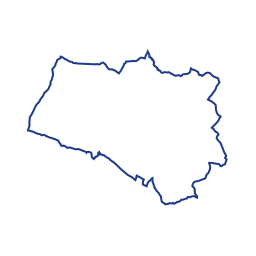 the district of Guatavita, Cundinamarca, Colombia, rotated 349°
{"feature_id": "7082276B39206984179134", "entity_name": "Guatavita", "entity_type": "district", "adm_level": 2, "iso_a3": "COL", "parent_name": "Colombia", "parent_adm1": "Cundinamarca", "projection": "robinson", "projection_center": [-73.779, 4.906], "detail": "fine", "context": "isolated", "style": "outline", "palette": "blue", "viewbox_px": 256, "rotation_deg": 349, "n_neighbors": 0, "source": "geoboundaries", "source_scale": "gbopen_adm2", "svg_char_len": 5763}
<svg xmlns="http://www.w3.org/2000/svg" viewBox="0 0 256 256"><g transform="rotate(349 128 128)"><path d="M59.6,71.1L57.3,74.5L56.8,75.0L53.8,76.9L52.9,77.3L52.5,77.6L51.2,79.7L50.2,80.8L49.5,81.3L48.0,82.7L47.2,83.4L46.8,84.3L44.9,86.1L43.6,86.9L42.5,87.8L40.2,90.6L39.0,92.4L35.9,96.4L33.9,98.5L33.4,99.6L32.7,102.4L32.3,103.3L32.1,105.1L31.7,106.8L31.0,108.4L29.6,110.7L29.4,111.4L31.0,112.0L34.3,113.6L36.1,115.0L37.9,116.2L40.8,117.5L41.6,118.6L42.7,118.7L43.0,118.5L43.6,118.6L44.2,118.8L44.4,119.0L44.7,119.0L44.8,119.3L45.4,119.5L45.8,120.0L46.6,120.4L47.0,121.0L47.5,121.2L49.7,122.7L50.5,122.9L53.6,124.8L54.8,125.2L55.3,125.9L56.8,126.9L57.1,127.2L57.9,129.5L58.9,131.3L58.8,132.2L58.9,132.6L59.5,132.9L60.9,132.9L61.4,133.3L61.8,133.2L62.1,133.7L62.6,133.8L63.4,134.3L63.9,134.9L64.2,135.7L64.4,135.8L65.3,135.9L65.7,136.0L66.0,135.8L66.6,136.0L67.2,135.9L69.4,137.3L73.5,139.2L73.8,139.3L74.6,139.0L75.9,139.5L82.4,143.7L82.7,143.9L82.7,144.1L82.9,143.9L83.5,143.8L85.0,143.9L86.0,144.6L86.7,144.8L87.2,145.7L87.3,146.0L87.0,149.2L87.2,149.6L87.1,149.9L87.9,150.9L88.0,151.3L88.6,151.9L88.8,151.5L89.0,151.2L89.6,151.2L90.2,150.3L91.4,149.9L91.8,150.1L92.4,149.9L92.9,149.5L93.0,149.1L93.1,148.9L93.5,148.9L93.7,148.6L94.0,148.7L94.5,148.6L94.1,148.0L94.2,147.5L94.1,147.3L93.9,147.3L93.9,147.0L94.2,146.6L94.6,146.8L95.0,146.7L95.2,146.4L95.4,147.0L96.5,148.8L96.9,149.1L97.8,149.5L98.0,149.9L99.3,150.2L99.7,150.4L100.1,151.2L100.8,152.2L102.5,153.4L103.6,154.4L104.0,155.0L103.9,155.3L104.2,155.6L106.4,158.1L106.7,158.1L108.4,160.2L110.9,163.6L113.1,167.0L117.1,171.9L118.9,174.1L122.0,176.7L122.4,177.1L123.1,177.7L125.2,180.5L125.3,180.6L126.7,178.1L127.0,177.9L127.2,176.9L127.5,176.4L128.3,177.2L129.6,178.0L133.7,181.7L133.2,182.3L132.5,183.4L132.2,184.4L131.8,186.3L133.1,187.2L135.2,188.8L136.6,186.0L137.3,185.2L138.4,184.4L139.9,183.6L142.3,181.7L142.5,181.7L142.1,182.8L141.9,186.3L142.2,187.2L142.4,189.0L142.8,190.7L142.5,191.5L142.6,191.9L143.3,192.8L143.6,194.2L145.2,197.0L145.7,197.7L146.5,200.2L147.3,201.3L147.4,201.8L147.1,203.2L147.1,204.9L147.1,206.5L147.4,207.1L148.1,207.9L149.0,208.5L149.4,209.2L149.7,209.9L152.6,210.2L154.0,209.7L156.0,210.1L156.6,210.4L157.5,210.4L158.3,210.8L158.4,210.4L159.2,211.0L159.7,211.0L160.2,210.9L161.6,210.1L162.3,210.3L163.2,209.9L164.6,210.0L165.7,209.4L166.6,208.5L168.5,208.9L170.3,208.4L172.2,208.5L172.9,208.0L173.4,207.2L176.0,207.8L176.5,207.7L177.4,207.3L179.8,207.5L182.5,209.6L182.8,208.9L182.3,207.1L181.8,206.4L181.1,204.6L181.5,203.6L181.3,202.5L181.8,201.7L181.9,200.9L181.5,200.0L181.3,198.9L180.3,197.9L180.1,197.3L180.6,196.0L181.1,195.3L182.4,193.7L184.5,193.4L187.3,193.4L190.9,192.8L192.1,192.5L193.9,192.4L194.3,191.8L195.0,191.2L195.7,189.6L196.7,188.5L198.0,187.8L200.5,184.3L201.0,182.9L201.3,181.3L201.3,180.2L200.9,178.4L201.0,177.8L203.1,178.1L204.7,178.6L206.8,179.6L208.2,180.0L210.3,180.8L210.8,181.3L211.2,182.6L211.7,183.1L212.6,183.3L214.2,182.4L215.3,182.2L216.2,182.2L218.6,178.1L218.8,177.4L217.7,176.3L217.6,176.0L217.9,175.3L218.9,174.5L219.0,173.7L217.8,170.2L217.3,167.5L217.3,166.9L216.9,165.3L216.7,163.9L216.4,162.7L216.1,160.9L215.5,159.4L214.0,157.2L213.1,155.1L213.1,154.7L213.4,154.0L213.6,153.7L214.0,153.0L214.6,152.6L215.2,152.3L215.5,152.0L215.3,150.6L214.4,149.0L213.6,148.7L212.3,146.7L212.1,145.9L211.4,144.8L210.7,144.3L210.3,143.7L215.5,140.2L217.8,138.3L218.7,137.3L219.8,135.6L221.1,134.6L220.8,134.0L219.8,133.2L219.0,132.1L218.4,130.8L218.0,129.7L217.9,126.6L218.2,124.1L218.5,122.8L218.4,122.2L217.2,120.2L215.1,117.9L214.2,117.0L211.9,115.4L213.8,113.4L216.9,111.1L218.1,109.8L219.9,108.3L220.1,107.9L221.1,107.0L222.9,104.0L226.6,100.5L226.2,99.5L225.9,96.3L222.2,94.1L219.9,91.5L219.7,90.7L218.9,89.8L217.8,89.2L217.0,88.9L216.4,88.8L215.3,88.9L214.2,89.4L211.3,90.9L210.5,90.9L210.4,90.2L207.9,89.4L207.7,89.1L207.6,86.7L206.1,85.1L203.8,83.4L202.4,83.0L201.7,82.3L201.5,81.6L201.1,81.4L199.7,84.7L199.2,85.2L198.6,85.5L196.7,86.2L196.0,86.2L195.4,86.2L194.1,85.9L192.2,85.9L191.2,86.3L190.5,87.0L189.9,87.2L189.2,86.9L188.5,86.1L187.8,85.8L186.3,85.9L185.3,85.7L184.8,85.9L184.5,85.8L182.4,84.3L181.6,83.1L180.6,82.9L180.2,82.5L179.6,81.6L178.9,81.1L176.6,80.9L175.5,80.4L174.7,80.2L173.3,80.2L172.4,80.5L171.5,80.1L170.7,78.9L170.6,78.3L170.3,77.7L169.9,77.3L169.2,77.3L168.9,77.2L168.3,76.4L168.2,76.3L168.6,75.8L168.5,75.6L168.1,75.2L168.2,74.6L167.8,73.9L167.1,73.6L166.9,73.1L166.2,72.4L166.0,71.8L165.5,71.5L165.5,70.6L165.3,70.2L165.7,69.6L166.1,68.8L165.9,67.9L166.0,67.6L165.9,66.7L165.6,66.6L165.3,66.5L165.0,66.2L164.7,65.5L165.0,64.8L164.4,64.5L164.2,64.3L164.2,63.5L164.0,63.4L163.8,63.5L163.6,63.5L162.9,62.1L162.6,62.2L162.4,62.1L162.4,61.7L162.8,61.0L162.9,60.6L162.8,59.9L162.8,59.5L162.3,57.9L162.0,56.7L161.1,58.2L160.3,59.0L159.1,60.6L158.2,62.4L157.7,62.9L157.1,62.5L156.4,62.3L155.6,61.8L154.2,61.5L153.8,61.5L153.0,61.8L152.2,62.0L151.4,62.8L150.8,63.0L150.0,63.4L148.7,63.8L147.0,63.6L145.2,62.9L144.0,63.1L138.7,62.4L138.5,63.0L138.1,63.6L137.5,64.0L136.3,64.4L135.3,66.5L133.9,67.9L132.1,70.2L129.5,72.7L129.3,72.6L128.7,71.7L127.8,71.0L126.4,69.1L124.9,68.5L123.9,67.5L123.3,67.2L122.4,67.3L121.8,67.1L120.9,66.8L120.4,66.5L119.8,65.6L119.2,64.2L118.6,63.4L118.4,62.2L118.3,61.6L117.4,60.7L116.3,59.1L115.8,59.0L114.4,59.1L113.0,59.9L111.7,60.1L110.5,59.5L107.0,59.0L90.1,54.9L89.1,54.2L88.3,54.2L87.7,54.1L86.3,53.4L85.6,52.4L84.8,52.2L84.4,51.9L83.3,51.6L81.1,49.5L80.6,49.1L79.6,48.6L77.6,46.4L76.6,45.8L75.6,45.0L75.4,45.2L75.2,46.1L75.0,46.5L71.6,47.7L71.1,48.4L70.7,49.4L69.2,51.1L68.7,52.5L67.0,54.2L65.4,55.4L64.9,56.1L64.7,56.5L64.9,57.3L64.6,61.7L63.5,63.6L62.8,65.2L62.1,66.5L60.9,67.7L60.6,68.5L60.5,69.7L60.3,70.6L59.6,71.1Z" fill="none" stroke="#1e3a8a" stroke-width="2"/></g></svg>